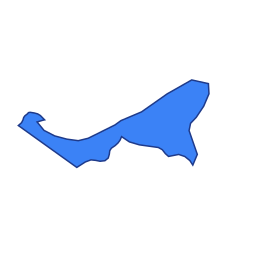 outline of South Abaco, rotated 238°
{"feature_id": "BHS-5016", "entity_name": "South Abaco", "entity_type": "District", "adm_level": 1, "iso_a3": "BHS", "parent_name": "The Bahamas", "parent_adm1": "", "projection": "robinson", "projection_center": [-77.194, 26.12], "detail": "fine", "context": "isolated", "style": "filled", "palette": "blue", "viewbox_px": 256, "rotation_deg": 238, "n_neighbors": 0, "source": "natural_earth", "source_scale": "10m", "svg_char_len": 804}
<svg xmlns="http://www.w3.org/2000/svg" viewBox="0 0 256 256"><g transform="rotate(238 128 128)"><path d="M188.2,36.3L188.9,40.5L190.5,43.2L192.2,45.1L193.0,47.1L193.3,50.2L193.8,51.7L193.2,53.3L190.4,56.5L187.8,58.9L185.0,60.3L179.1,61.6L179.7,59.9L181.3,54.1L170.5,55.5L160.2,61.6L151.0,70.2L143.6,79.1L140.4,88.8L137.5,118.6L138.0,126.0L134.5,148.0L136.2,179.4L135.0,207.5L123.0,219.7L114.1,214.8L106.4,203.8L100.9,191.6L98.8,183.5L93.4,178.4L68.9,172.8L62.2,163.3L67.6,163.2L73.7,161.1L78.7,157.0L82.4,147.3L86.5,146.1L91.4,145.6L95.4,143.4L107.7,128.7L115.5,121.8L124.1,118.0L121.9,114.8L120.6,111.6L119.9,107.9L119.7,103.2L118.4,100.5L115.6,98.2L113.0,95.3L112.5,91.1L114.6,86.7L117.7,83.4L120.6,79.7L121.8,73.9L121.7,63.7L188.2,36.3Z" fill="#3b82f6" stroke="#1e3a8a" stroke-width="1.5"/></g></svg>